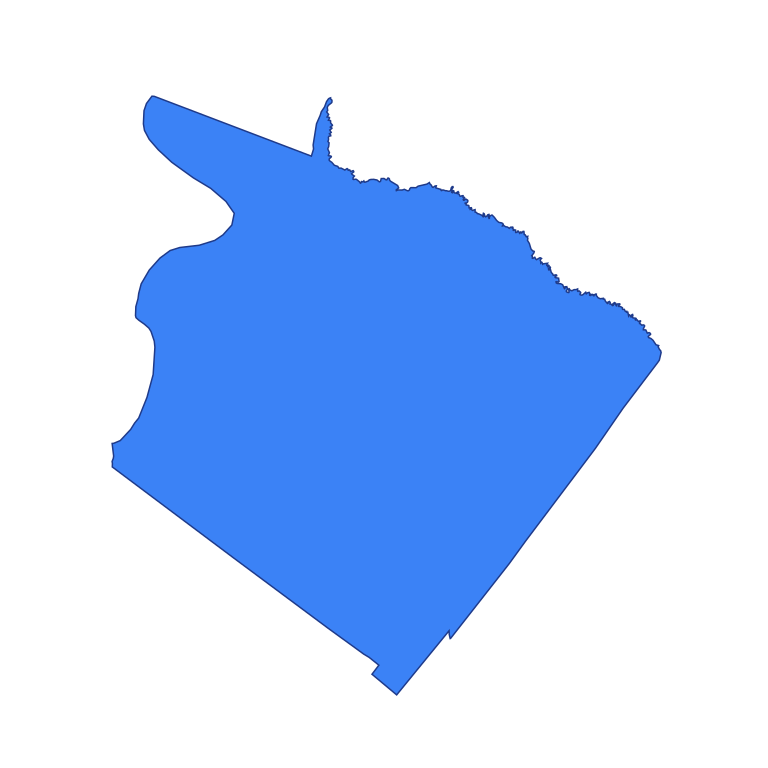 San Pedro, Buenos Aires, Argentina (orthographic projection), rotated 264°
{"feature_id": "61730980B44314370056359", "entity_name": "San Pedro", "entity_type": "district", "adm_level": 2, "iso_a3": "ARG", "parent_name": "Argentina", "parent_adm1": "Buenos Aires", "projection": "orthographic", "projection_center": [-59.651, -33.797], "detail": "fine", "context": "isolated", "style": "filled", "palette": "blue", "viewbox_px": 768, "rotation_deg": 264, "n_neighbors": 0, "source": "geoboundaries", "source_scale": "gbopen_adm2", "svg_char_len": 6169}
<svg xmlns="http://www.w3.org/2000/svg" viewBox="0 0 768 768"><g transform="rotate(264 384 384)"><path d="M123.9,423.2L124.0,423.6L192.2,489.7L213.2,508.6L297.9,587.5L335.0,619.3L376.7,658.4L378.9,660.3L386.3,662.9L388.3,662.6L389.5,661.6L392.4,660.5L393.5,661.2L394.6,658.6L399.4,656.1L401.4,654.2L402.5,652.0L403.5,651.7L404.8,653.1L405.1,653.9L405.7,654.4L406.6,654.1L407.4,653.0L407.1,651.2L410.4,650.0L410.8,647.6L411.9,647.8L414.5,649.3L415.3,648.9L415.7,648.0L415.6,646.4L417.1,645.2L417.4,644.5L418.3,644.6L419.3,645.6L419.9,645.7L420.1,645.4L419.6,643.5L421.3,642.5L421.3,640.9L421.7,640.6L422.7,641.6L423.1,641.3L423.6,639.0L424.0,638.2L424.6,638.1L426.2,638.7L427.2,638.5L427.1,638.0L426.6,637.4L425.2,637.3L424.8,636.7L427.0,635.6L427.2,635.2L426.1,634.4L430.0,634.0L430.0,633.0L430.9,633.0L430.8,631.9L431.2,631.5L433.1,630.8L433.3,629.1L433.9,628.9L434.9,629.1L435.6,628.3L436.4,627.0L436.6,625.6L437.5,625.6L438.5,626.9L439.1,626.8L439.2,624.1L438.5,623.6L437.4,623.6L437.4,623.3L438.2,622.9L439.3,622.9L439.5,621.6L440.4,622.4L440.9,621.7L439.8,620.0L438.2,620.1L438.1,619.4L439.6,618.3L439.9,617.1L441.3,617.5L442.5,616.9L442.0,615.3L441.0,615.3L440.7,614.6L443.3,612.8L445.3,612.3L445.5,611.0L446.3,611.1L446.2,608.0L447.4,605.9L450.1,604.3L451.2,604.6L451.4,604.2L450.8,602.6L449.9,602.0L450.9,601.5L451.3,600.8L450.6,600.1L451.6,599.3L451.7,598.8L450.5,598.4L450.7,597.8L452.8,598.0L453.7,597.6L453.3,595.5L452.6,594.6L454.2,594.2L452.0,591.1L451.7,590.0L452.0,589.0L452.3,588.4L452.9,588.2L454.1,589.2L454.8,589.0L456.2,587.7L455.8,586.6L456.1,586.3L458.3,586.5L457.8,584.9L458.0,583.0L457.1,580.6L457.9,578.9L459.3,578.2L458.9,577.6L456.2,577.7L455.7,577.3L455.8,576.4L456.7,575.1L457.5,575.0L459.6,576.8L460.4,576.4L460.8,575.7L461.7,575.9L461.8,574.3L460.3,573.9L460.0,573.4L464.1,572.0L465.3,570.1L465.9,566.6L466.6,565.8L467.7,565.8L467.7,566.5L467.2,568.0L467.6,568.8L471.0,568.7L471.8,565.7L472.2,565.3L473.1,565.5L473.6,567.1L474.3,567.0L474.6,566.5L474.4,564.0L474.6,563.6L475.8,563.3L477.5,562.0L480.6,561.5L480.2,560.6L480.3,559.7L481.5,559.6L482.0,561.3L482.5,561.7L483.0,561.5L483.5,559.0L483.9,559.1L484.5,560.4L485.0,560.1L484.7,558.6L484.9,558.3L485.9,558.5L487.0,559.3L486.9,555.0L486.5,554.3L488.5,553.8L488.7,553.4L488.0,552.6L489.4,552.7L490.6,552.3L491.4,552.6L492.4,553.8L493.1,552.9L493.2,552.0L491.7,548.7L492.4,548.0L494.3,547.2L493.4,545.3L493.5,544.7L495.6,544.9L496.1,544.3L498.6,546.7L500.0,547.3L500.5,546.9L500.7,545.9L502.9,544.3L508.7,543.2L511.8,541.7L513.9,542.3L514.8,541.9L515.8,542.4L515.7,540.8L517.5,540.1L518.0,539.1L521.1,539.1L521.3,538.3L519.9,536.8L520.8,536.3L520.9,535.7L519.9,535.2L519.6,534.7L521.9,533.7L522.2,533.2L521.1,532.3L520.8,531.0L521.0,530.8L523.3,531.0L523.6,530.3L523.2,529.1L523.3,528.7L524.4,529.0L525.3,528.0L526.0,528.6L526.6,528.4L526.7,526.2L525.7,524.9L527.2,523.2L527.7,521.3L529.0,519.8L528.8,518.3L529.4,518.5L530.2,519.3L531.2,518.9L531.9,517.9L532.8,515.0L534.9,513.1L538.2,511.2L540.7,509.2L540.7,508.5L539.9,506.9L539.3,506.4L537.7,506.1L537.7,505.7L539.5,505.3L540.7,506.3L541.7,506.1L541.4,504.8L540.3,503.9L539.6,502.6L540.1,502.0L542.9,501.4L543.4,500.7L542.3,500.3L540.4,500.8L539.9,500.1L541.6,498.9L543.3,496.0L543.7,494.6L544.9,494.0L545.4,492.6L547.9,492.8L547.4,490.1L548.8,488.9L548.7,488.0L549.1,488.1L549.6,489.5L550.2,489.3L550.2,487.1L552.5,487.0L552.8,486.7L553.4,484.5L554.5,484.5L555.0,483.6L555.4,483.6L555.5,485.1L556.0,486.0L557.3,486.6L558.2,486.3L559.4,484.7L558.4,482.9L558.5,482.3L559.4,482.1L560.8,483.6L561.4,483.2L561.6,482.1L563.0,482.3L563.1,481.4L562.7,479.9L563.0,479.1L565.0,478.5L565.9,476.5L566.9,478.3L567.6,477.8L566.5,475.7L566.4,474.7L567.0,473.7L568.8,473.6L569.1,473.0L567.1,472.0L567.5,471.3L569.0,471.8L570.3,471.6L572.3,473.3L573.1,473.2L573.2,472.5L572.1,471.4L569.7,470.6L568.9,469.5L569.0,468.0L569.7,466.4L569.7,465.6L570.7,463.3L570.8,462.4L570.3,461.6L570.5,461.1L571.6,460.9L573.5,456.2L573.8,456.0L575.6,456.7L575.6,455.5L574.4,453.4L574.7,452.7L577.0,451.7L578.4,450.5L579.6,450.2L578.3,447.5L577.2,438.6L575.9,436.4L576.5,431.3L575.7,430.2L574.2,429.5L573.6,428.2L573.9,427.2L575.5,424.6L575.0,422.3L575.5,418.2L575.0,416.5L575.7,416.4L577.5,419.1L580.0,418.3L585.0,411.7L586.1,410.9L587.4,410.8L588.3,410.1L588.3,409.2L586.8,408.2L586.8,407.4L588.4,405.5L588.6,402.7L586.1,401.8L585.5,400.9L585.7,400.3L587.6,398.4L588.6,395.2L588.8,392.2L588.5,390.6L587.5,389.5L586.7,386.3L586.8,385.7L588.1,385.2L587.2,384.1L587.7,382.8L586.4,382.1L586.2,381.5L587.6,380.8L590.4,378.0L590.7,376.9L590.5,375.3L590.9,374.6L592.6,374.9L593.9,376.3L595.8,374.1L596.6,373.7L598.1,376.1L598.7,376.1L599.4,375.6L598.8,373.0L600.5,372.3L600.3,370.8L601.5,370.5L602.1,369.8L600.9,367.4L603.2,363.9L603.3,361.8L605.3,360.7L606.7,357.5L610.0,355.2L611.3,353.6L612.5,352.8L613.8,353.2L615.1,355.1L615.8,355.4L616.3,354.9L616.8,352.7L617.0,352.5L619.8,353.9L623.7,352.6L625.9,353.8L629.6,354.6L631.0,353.6L632.8,354.4L635.2,354.5L636.1,355.1L636.4,357.0L637.3,357.0L638.5,355.9L639.7,357.8L642.3,356.6L643.6,358.9L644.1,358.9L645.1,357.4L645.4,357.6L646.4,359.7L647.0,359.7L649.2,358.2L651.3,358.4L651.7,358.0L652.1,356.3L654.4,357.7L655.0,357.2L655.5,355.3L657.8,357.1L660.6,355.4L661.9,356.6L664.9,356.5L665.8,356.9L667.0,357.9L669.1,361.2L669.8,361.7L671.7,361.9L673.1,360.7L674.2,360.8L673.9,359.5L673.3,358.5L670.9,356.4L665.7,353.8L661.3,350.1L657.8,348.6L649.9,344.1L629.1,338.5L625.1,338.5L618.2,335.6L694.1,185.6L694.5,183.3L687.8,177.1L680.9,173.9L667.8,171.9L661.2,172.3L651.8,176.1L640.4,184.1L626.6,196.2L608.9,216.0L596.7,232.1L582.1,245.9L569.4,252.9L558.0,249.3L549.1,239.4L544.5,230.7L541.3,214.7L541.1,195.2L539.1,185.3L532.7,174.4L521.9,162.5L509.0,153.0L499.7,149.5L494.6,148.3L486.9,145.3L478.0,144.0L475.9,144.3L473.1,146.8L468.5,152.0L464.2,156.0L460.6,157.8L450.7,160.0L444.5,160.0L417.5,155.4L395.5,146.9L375.8,136.5L371.2,131.9L365.3,127.3L355.3,115.8L353.3,109.1L353.3,107.4L340.6,107.6L338.3,107.0L335.4,105.5L333.3,105.6L329.9,105.1L226.5,216.5L147.0,302.8L117.4,335.7L113.8,340.5L104.9,349.5L96.6,341.7L73.5,364.1L131.8,422.9L128.0,422.7L123.9,423.2Z" fill="#3b82f6" stroke="#1e3a8a" stroke-width="1.5"/></g></svg>